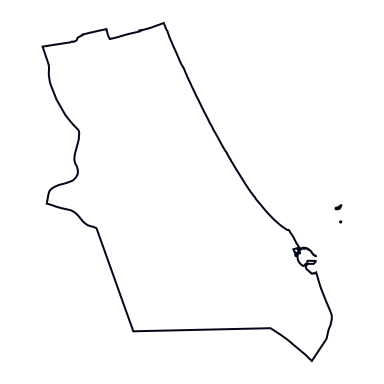 Singhanakhon, Songkhla, Thailand
{"feature_id": "78962969B74412362981694", "entity_name": "Singhanakhon", "entity_type": "district", "adm_level": 2, "iso_a3": "THA", "parent_name": "Thailand", "parent_adm1": "Songkhla", "projection": "mercator", "projection_center": [100.522, 7.273], "detail": "fine", "context": "isolated", "style": "outline", "palette": "ink", "viewbox_px": 384, "rotation_deg": 0, "n_neighbors": 0, "source": "geoboundaries", "source_scale": "gbopen_adm2", "svg_char_len": 5644}
<svg xmlns="http://www.w3.org/2000/svg" viewBox="0 0 384 384"><path d="M133.3,331.3L270.5,328.2L280.1,334.4L287.9,340.0L296.7,347.5L305.1,354.4L311.8,361.0L326.5,338.9L327.4,335.0L328.7,329.4L330.5,325.2L331.8,319.2L331.8,315.7L331.4,314.0L330.1,310.7L325.7,300.3L320.7,287.6L319.4,283.4L316.2,272.4L314.7,273.5L314.4,273.3L314.1,273.2L313.4,273.1L313.1,273.4L312.8,273.7L311.6,273.7L311.4,273.4L310.8,272.7L310.6,272.7L310.3,272.2L309.9,272.2L309.0,271.1L308.6,270.8L308.1,270.4L307.8,270.3L307.6,270.1L307.1,269.7L306.7,269.2L306.2,268.4L305.9,267.7L305.8,267.4L305.7,266.8L305.8,266.5L307.6,264.0L307.8,263.9L313.6,263.9L315.6,261.8L315.6,261.2L315.1,261.1L315.2,260.9L307.7,260.8L307.6,261.1L307.4,261.1L307.3,263.2L307.3,263.3L306.6,263.4L306.2,263.5L305.7,263.9L303.8,265.8L303.7,265.9L303.1,266.0L303.0,265.9L302.8,265.7L302.6,265.6L301.6,264.9L300.3,263.8L299.8,263.2L299.2,262.4L298.9,262.0L298.2,260.4L297.9,259.7L297.8,259.1L297.6,257.9L297.5,256.8L297.6,256.0L297.6,255.2L297.1,254.7L296.9,254.8L296.8,255.1L296.7,255.2L296.6,255.4L296.7,255.6L296.6,255.8L296.5,256.0L296.3,256.1L295.8,256.1L295.6,256.0L295.4,255.8L295.3,255.3L295.3,254.6L295.3,254.4L295.7,254.3L296.2,254.4L296.4,254.4L296.6,254.3L297.3,254.3L297.5,254.1L297.8,253.9L298.1,253.8L298.9,253.7L299.3,253.4L299.6,253.3L299.8,253.3L300.0,253.2L300.0,252.9L299.9,252.5L299.9,252.3L299.5,251.7L299.5,251.4L299.4,251.3L299.1,251.3L298.8,251.1L298.5,251.2L298.4,251.4L298.3,251.7L298.4,252.1L298.3,252.3L298.1,252.4L295.3,253.3L295.1,253.2L294.8,252.6L295.0,252.1L294.9,251.9L294.5,251.8L293.8,250.2L293.9,249.8L293.8,249.7L293.5,249.5L293.4,249.3L297.7,248.0L297.9,248.1L298.6,248.9L298.8,249.1L298.8,249.3L298.8,249.5L298.7,249.6L298.4,249.7L298.0,249.4L297.9,249.3L297.7,249.5L298.0,249.9L298.2,250.1L298.4,250.0L299.0,249.8L299.7,250.1L300.0,250.1L300.5,249.7L301.0,249.3L301.5,248.9L302.1,248.7L302.5,248.6L302.8,248.6L304.0,248.8L304.4,248.8L305.8,248.5L306.2,248.4L307.0,248.6L307.9,249.1L308.0,249.5L308.3,249.8L309.1,249.9L309.3,249.9L310.2,250.7L310.7,251.2L313.2,254.6L313.9,255.2L314.7,255.6L315.4,255.9L315.5,255.9L315.5,256.1L315.8,256.1L315.7,255.7L315.2,255.5L314.5,255.3L313.8,254.8L313.2,254.1L311.8,252.3L310.7,250.9L309.4,249.8L307.4,248.5L306.9,248.3L305.0,247.8L304.5,247.7L303.9,247.7L302.6,247.9L300.4,248.5L300.2,248.5L300.0,248.4L299.6,247.8L297.9,245.4L295.8,242.0L294.5,239.3L293.4,237.1L292.6,235.7L290.3,232.5L289.0,230.2L288.8,230.0L288.6,230.0L287.1,229.8L286.6,229.6L284.1,227.8L282.8,227.1L281.9,226.3L280.6,225.4L273.9,219.5L268.1,213.5L265.4,210.4L262.9,207.4L260.3,204.2L256.6,199.9L255.9,199.0L255.2,197.7L254.1,196.3L253.6,195.9L251.9,193.4L251.1,192.4L250.6,192.0L249.5,190.1L248.6,188.9L246.2,185.2L244.6,182.8L242.1,178.7L240.7,176.5L239.9,175.1L236.9,170.4L233.3,164.4L232.8,163.4L232.2,162.4L231.3,161.4L231.1,160.8L230.9,160.2L230.8,159.9L230.5,159.6L229.6,158.2L228.1,155.5L227.1,153.7L226.6,152.4L225.5,151.2L222.4,145.9L217.4,136.7L213.2,129.3L212.3,127.3L211.5,125.8L210.8,124.8L210.5,124.2L210.0,123.2L208.8,120.9L208.1,119.3L205.8,114.9L205.0,113.3L204.7,112.6L203.9,111.5L203.0,109.3L202.2,108.0L201.9,107.3L201.5,106.3L201.0,105.3L200.5,104.2L199.7,102.7L198.5,100.0L197.7,98.6L197.0,97.1L196.3,96.0L195.3,93.8L193.7,90.3L191.5,85.8L190.8,84.1L189.7,81.8L188.9,80.3L184.6,70.4L184.1,68.9L181.3,64.2L180.3,62.1L178.1,56.9L177.0,54.4L176.5,53.1L172.9,45.2L171.6,42.0L169.3,36.9L169.2,36.4L168.8,35.2L168.5,34.2L167.9,33.0L167.7,32.3L167.4,30.9L167.0,30.5L166.1,29.0L164.4,24.5L163.8,23.0L159.3,24.7L157.1,25.4L153.6,26.7L151.7,27.5L151.2,27.6L149.3,28.2L142.8,30.0L142.2,30.2L141.2,30.6L141.0,30.0L139.2,30.6L139.4,31.5L126.9,34.4L118.5,36.9L114.3,38.0L109.9,39.0L109.9,38.7L109.6,38.2L109.0,37.6L108.7,37.0L108.2,35.7L107.5,33.9L107.3,32.5L106.4,30.3L106.5,30.1L106.8,30.0L106.4,29.0L105.1,29.4L98.1,30.9L97.3,31.1L95.4,31.5L92.2,32.3L89.4,32.8L89.1,33.0L87.3,33.4L86.9,33.5L86.2,33.7L85.7,33.8L85.1,33.9L84.5,34.0L83.8,34.1L83.3,34.3L83.3,34.5L83.0,34.7L82.4,34.8L82.4,35.3L82.0,35.3L81.5,35.5L81.1,35.7L80.8,35.9L80.4,36.2L79.9,36.5L79.6,36.7L78.9,37.0L77.5,37.9L77.4,38.1L77.3,38.8L76.9,39.7L76.7,40.1L76.0,40.8L75.5,41.0L74.7,41.2L73.3,41.9L73.0,42.0L72.3,41.6L72.0,41.5L71.6,41.7L70.9,42.1L70.7,42.2L70.5,42.3L42.6,46.6L48.6,64.4L49.0,67.3L48.8,74.3L49.2,77.6L50.0,82.6L51.0,85.6L56.6,99.7L65.4,115.1L69.9,120.8L73.0,124.4L75.3,126.8L78.3,130.0L78.9,131.1L79.2,132.8L79.1,134.9L78.9,136.4L78.9,138.5L78.1,142.2L75.6,151.4L75.2,152.6L74.9,154.1L74.4,158.4L74.3,159.5L74.4,160.0L75.0,162.9L75.7,164.4L76.4,165.5L76.9,166.4L77.6,169.1L77.8,169.7L77.9,172.3L77.8,173.3L77.7,173.8L77.0,175.6L76.0,177.2L75.8,177.6L73.7,179.7L72.5,180.6L72.0,180.9L66.4,183.0L58.8,185.0L54.3,187.0L53.1,187.7L51.3,189.0L51.0,189.3L50.0,190.4L49.5,191.1L49.2,191.8L48.6,193.7L48.2,195.5L46.8,203.7L49.6,204.4L52.2,205.2L55.6,206.5L60.5,207.9L65.2,209.0L69.9,210.0L71.6,210.6L73.6,211.7L75.6,213.1L78.8,216.3L80.4,218.3L82.8,221.3L85.7,223.9L87.0,224.7L88.5,225.5L90.2,226.1L91.7,226.4L93.2,226.9L94.9,227.5L96.5,228.2L133.3,331.3ZM341.2,205.3L340.4,205.4L339.8,206.1L339.2,206.5L338.8,206.9L338.1,207.3L337.7,207.4L337.3,207.5L336.1,207.7L335.7,207.9L335.5,208.4L335.6,209.0L336.0,209.3L336.3,209.3L336.7,209.3L337.4,209.3L337.9,209.2L338.3,209.1L338.6,209.0L338.9,208.9L339.7,208.6L340.0,208.2L340.5,207.4L340.7,206.6L340.9,206.3L340.9,206.0L341.4,205.5L341.4,205.3L341.2,205.3ZM340.9,222.5L341.0,222.4L341.1,222.1L340.9,221.9L340.9,221.7L341.1,221.4L340.3,221.0L340.5,221.2L340.5,221.3L340.4,221.6L340.1,221.7L340.1,222.0L340.5,222.2L340.6,222.3L340.7,222.5L340.8,222.5L340.9,222.5Z" fill="none" stroke="#020617" stroke-width="2"/></svg>